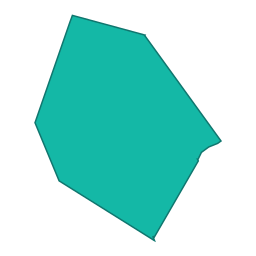 Piton Flore, Castries, Saint Lucia
{"feature_id": "8701671B72718235306176", "entity_name": "Piton Flore", "entity_type": "district", "adm_level": 2, "iso_a3": "LCA", "parent_name": "Saint Lucia", "parent_adm1": "Castries", "projection": "robinson", "projection_center": [-60.943, 13.965], "detail": "fine", "context": "isolated", "style": "filled", "palette": "teal", "viewbox_px": 256, "rotation_deg": 0, "n_neighbors": 0, "source": "geoboundaries", "source_scale": "gbopen_adm2", "svg_char_len": 429}
<svg xmlns="http://www.w3.org/2000/svg" viewBox="0 0 256 256"><path d="M221.0,141.0L146.7,38.3L146.0,37.3L144.8,35.7L145.1,35.1L144.6,35.0L72.4,15.4L70.9,19.5L70.0,21.9L35.5,121.3L35.0,122.7L59.1,180.8L59.3,181.0L154.1,240.4L154.5,240.6L152.8,236.2L154.1,237.4L155.8,234.5L168.7,212.2L198.3,160.9L197.5,159.3L198.0,159.4L201.4,152.4L208.7,147.0L217.8,143.3L221.0,141.0Z" fill="#14b8a6" stroke="#0f766e" stroke-width="1.5"/></svg>